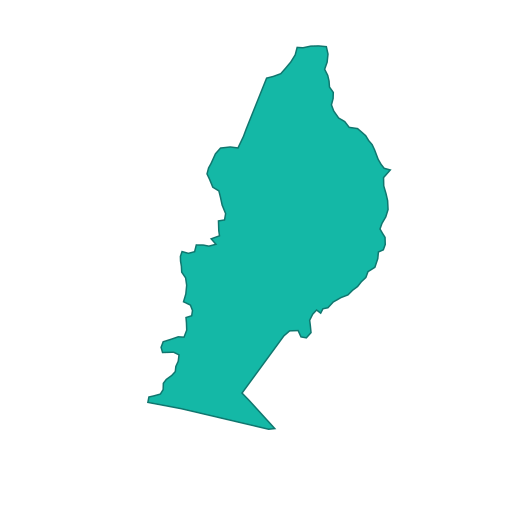 Campo do Brito, Sergipe, Brazil (Mercator projection), rotated 59°
{"feature_id": "56859067B6192746324421", "entity_name": "Campo do Brito", "entity_type": "district", "adm_level": 2, "iso_a3": "BRA", "parent_name": "Brazil", "parent_adm1": "Sergipe", "projection": "mercator", "projection_center": [-37.503, -10.782], "detail": "fine", "context": "isolated", "style": "filled", "palette": "teal", "viewbox_px": 512, "rotation_deg": 59, "n_neighbors": 0, "source": "geoboundaries", "source_scale": "gbopen_adm2", "svg_char_len": 1806}
<svg xmlns="http://www.w3.org/2000/svg" viewBox="0 0 512 512"><g transform="rotate(59 256 256)"><path d="M413.6,328.8L376.6,336.2L366.3,338.6L346.2,290.8L338.8,273.2L337.5,265.7L341.6,258.3L348.5,259.1L352.1,255.0L350.0,248.3L343.9,245.4L338.7,243.1L335.1,237.4L333.5,231.9L338.3,230.0L335.7,225.8L337.4,221.0L335.2,213.5L335.4,204.6L336.7,197.2L335.1,190.9L334.5,184.7L332.3,178.9L331.0,172.9L327.1,168.1L326.9,159.9L321.0,153.0L315.6,149.0L316.3,143.7L312.7,139.3L306.5,135.8L301.6,135.9L296.7,135.8L292.9,131.2L289.3,124.6L284.2,118.9L276.4,114.7L269.7,112.5L261.7,110.4L254.5,106.3L251.4,96.6L246.8,101.0L241.8,101.6L236.0,101.5L226.1,99.7L220.4,99.1L215.0,100.0L209.4,100.0L199.1,103.3L193.7,109.9L186.5,110.7L180.3,114.1L171.7,114.7L165.3,113.5L160.7,108.8L155.6,105.5L149.0,106.0L143.7,103.3L138.1,101.5L131.3,101.0L126.5,95.2L120.0,90.3L112.8,87.9L108.2,94.1L104.3,101.0L101.7,108.5L98.4,113.3L103.8,118.8L107.7,126.4L110.4,134.3L112.5,140.8L111.0,148.7L109.0,155.3L142.2,199.1L147.0,205.1L154.1,215.8L149.3,221.9L145.2,230.8L147.5,238.1L153.5,246.8L156.1,251.3L160.4,255.7L166.3,256.3L174.8,257.6L181.1,254.3L187.3,256.2L194.9,258.8L204.0,260.2L208.9,264.4L206.6,270.1L215.0,274.8L219.9,276.9L218.2,285.6L225.3,284.3L223.3,291.3L219.5,295.5L215.8,301.5L220.7,306.4L218.9,312.6L214.1,317.1L217.4,321.0L221.5,323.3L226.3,325.2L231.6,328.0L238.5,327.6L245.4,330.5L252.4,335.7L257.9,341.7L264.3,337.5L270.0,338.5L274.1,341.9L272.7,347.7L277.6,350.1L283.9,353.6L288.5,359.5L285.2,364.3L283.7,371.4L281.7,379.7L285.4,384.4L290.6,385.8L293.7,380.3L296.0,376.2L301.1,372.9L306.2,376.9L309.4,381.6L313.5,384.7L315.0,389.7L315.6,396.5L317.4,401.0L322.7,404.4L325.1,409.1L323.2,415.9L321.7,420.4L325.8,424.1L348.2,398.9L411.0,334.4L413.6,328.8Z" fill="#14b8a6" stroke="#0f766e" stroke-width="1.5"/></g></svg>